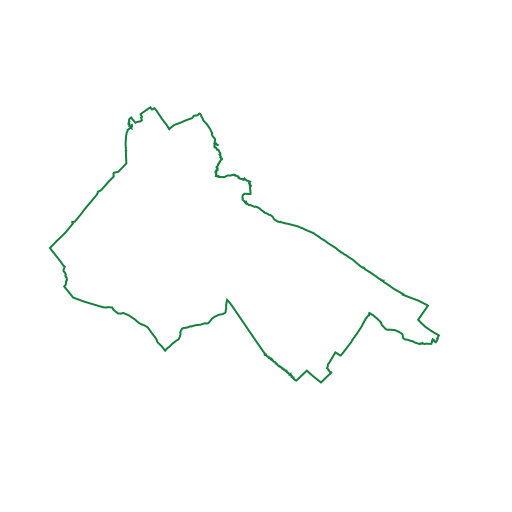 Carpen, Dolj, Romania (Mercator projection), rotated 18°
{"feature_id": "2599482B61425966956832", "entity_name": "Carpen", "entity_type": "district", "adm_level": 2, "iso_a3": "ROU", "parent_name": "Romania", "parent_adm1": "Dolj", "projection": "mercator", "projection_center": [23.264, 44.337], "detail": "fine", "context": "isolated", "style": "outline", "palette": "green", "viewbox_px": 512, "rotation_deg": 18, "n_neighbors": 0, "source": "geoboundaries", "source_scale": "gbopen_adm2", "svg_char_len": 6095}
<svg xmlns="http://www.w3.org/2000/svg" viewBox="0 0 512 512"><g transform="rotate(18 256 256)"><path d="M356.9,356.2L363.6,343.6L362.5,343.1L361.7,343.2L359.5,341.4L358.2,340.7L358.4,338.4L357.8,336.9L358.6,335.1L361.3,323.1L366.4,324.5L367.3,324.5L367.6,324.1L373.3,308.1L373.8,305.3L375.8,299.3L378.5,289.5L378.5,287.6L379.2,285.6L379.1,285.0L379.4,283.6L379.7,283.0L379.5,281.8L380.0,281.3L381.2,277.8L381.9,277.5L381.4,275.3L382.7,275.3L383.5,275.7L385.2,276.0L390.8,278.2L395.2,280.5L397.1,282.8L402.2,285.5L404.0,285.5L405.8,284.8L410.6,283.6L413.8,283.8L417.7,284.5L419.0,285.0L420.0,285.9L421.1,288.4L423.2,289.3L426.1,288.8L429.7,288.9L431.7,288.6L433.6,289.2L439.1,289.2L439.3,288.3L440.9,288.2L441.1,287.3L443.4,287.7L443.6,287.4L444.7,286.9L449.9,285.4L450.0,283.9L449.6,282.9L449.8,280.6L451.6,281.2L451.5,281.8L453.6,282.5L454.2,280.4L454.4,278.8L453.8,278.5L454.5,275.0L446.2,273.2L438.6,270.9L429.9,266.6L434.9,250.1L433.9,249.8L424.6,248.3L407.7,247.5L407.9,246.8L397.5,244.7L389.9,242.3L385.9,241.4L384.2,240.7L384.5,240.1L383.1,240.4L382.2,240.2L381.9,239.7L380.9,239.8L371.3,236.7L363.6,234.9L363.3,234.7L363.1,234.3L362.0,233.9L361.8,234.2L361.3,234.2L358.0,233.3L349.2,229.6L344.3,228.4L341.8,227.5L339.2,227.1L337.0,226.2L335.5,226.3L333.7,225.3L333.0,225.3L329.5,223.8L320.4,221.5L316.5,220.1L311.9,219.1L310.0,218.3L309.5,218.3L308.4,217.8L307.2,217.7L303.8,216.5L295.1,215.8L291.4,215.2L290.5,215.3L286.6,214.9L276.7,215.5L272.8,216.0L272.5,215.8L269.0,216.2L268.7,215.9L267.9,216.4L266.0,216.5L262.3,215.7L259.9,213.7L258.4,213.0L256.7,212.5L255.8,212.8L252.5,212.1L251.0,212.2L249.5,211.7L249.5,211.4L246.8,210.6L244.5,209.5L244.0,209.6L242.8,209.2L240.6,209.1L239.5,209.7L234.6,209.3L233.2,209.7L231.8,209.1L231.5,209.3L230.5,209.3L229.2,208.5L229.3,208.2L230.1,208.0L229.6,207.5L229.4,207.9L229.0,208.1L225.9,206.6L225.6,206.1L225.7,205.4L224.9,204.3L224.7,203.2L224.7,202.1L225.7,200.4L231.5,198.8L231.2,197.3L229.0,192.7L229.4,191.1L228.5,191.1L228.3,190.9L228.5,190.2L228.0,190.1L228.0,189.1L227.8,188.9L227.2,189.2L226.7,188.8L227.3,187.1L223.8,187.1L222.3,186.3L221.4,186.8L221.1,186.3L220.7,187.4L219.9,187.3L219.5,186.9L218.8,187.0L218.5,187.3L216.1,187.4L215.7,187.3L215.7,186.9L215.0,186.8L214.9,186.0L214.6,185.8L212.5,185.8L211.4,186.1L211.1,185.9L211.2,185.5L211.0,185.4L209.9,185.8L209.6,185.5L206.6,187.5L204.1,188.2L201.9,190.4L201.0,191.0L199.3,191.3L198.3,191.9L197.5,191.8L196.0,192.4L195.6,192.1L195.8,191.8L195.7,191.6L195.1,191.6L194.4,192.4L193.1,192.4L193.0,190.4L192.2,189.7L192.6,189.0L192.3,188.6L191.8,189.0L191.6,188.9L191.4,188.1L191.5,187.8L192.0,187.5L191.8,186.9L192.7,186.4L192.4,186.0L192.8,185.6L192.2,184.4L192.0,184.6L191.1,184.0L191.0,183.6L191.8,181.9L191.9,181.4L191.5,181.0L191.7,180.1L192.2,179.6L191.9,179.3L192.3,178.5L192.2,177.6L192.7,177.3L192.5,177.0L193.0,175.4L193.6,174.8L193.7,174.2L193.2,173.7L192.6,174.0L191.5,173.2L191.3,172.4L191.6,172.0L190.0,170.7L190.6,170.1L190.4,169.4L189.0,168.3L187.8,166.9L187.0,166.6L186.2,167.0L184.6,165.3L183.5,165.1L183.6,165.4L183.2,165.6L182.5,164.8L182.1,162.3L182.8,161.9L185.0,162.4L185.2,162.2L183.4,161.7L183.2,161.3L181.6,161.6L181.3,158.5L180.8,157.3L177.8,155.5L176.3,153.7L176.5,152.9L174.3,150.8L173.5,149.7L168.8,146.0L164.3,143.5L162.5,141.5L160.6,139.8L160.3,139.0L158.5,137.9L157.8,138.4L157.4,139.4L156.3,140.7L153.7,141.6L152.7,144.3L152.0,145.1L146.9,149.0L143.0,152.6L137.7,156.7L135.5,159.9L134.3,162.2L130.8,159.2L124.3,154.7L116.3,148.4L113.8,146.8L113.5,146.9L112.2,148.6L111.7,148.8L109.6,147.2L102.3,156.8L102.4,157.1L104.6,158.9L104.0,160.0L105.5,162.0L105.3,162.6L104.2,163.8L101.5,165.2L100.1,166.5L94.4,162.9L93.2,165.1L93.3,166.2L93.9,167.0L93.6,168.0L93.7,168.3L94.3,168.9L93.8,169.4L93.8,169.8L94.2,170.2L95.2,170.5L95.3,171.3L96.8,170.6L97.5,169.8L98.0,170.5L98.1,171.3L97.0,172.2L97.9,173.1L96.8,173.1L96.3,173.6L95.0,175.9L95.2,177.2L94.9,178.9L95.5,182.3L97.1,189.0L98.0,191.6L98.7,193.0L99.6,196.0L100.0,196.0L100.4,198.1L104.1,208.0L99.1,218.3L97.9,219.2L95.1,220.6L94.9,221.3L96.1,224.5L92.7,231.2L88.7,240.6L87.3,242.5L85.7,243.7L86.0,245.2L85.4,247.7L80.2,260.4L78.2,265.5L76.6,270.3L73.0,279.5L70.7,280.4L70.8,280.8L71.8,281.8L67.8,292.1L62.5,302.2L61.8,303.0L61.6,303.9L57.5,312.1L71.7,321.6L75.6,324.6L77.4,325.3L77.2,327.7L77.5,329.7L79.7,331.2L80.8,332.3L80.8,333.8L81.8,334.3L82.0,335.0L82.8,335.4L83.2,336.2L83.6,338.0L83.1,338.8L83.8,340.9L83.9,342.1L83.0,344.2L83.1,344.3L94.9,352.0L106.0,352.5L126.4,352.0L128.9,351.5L131.1,350.4L135.2,349.4L137.0,351.2L142.5,353.3L145.4,352.5L147.4,351.2L153.5,351.8L160.3,353.7L163.6,355.2L165.6,355.9L167.0,356.2L171.4,356.5L175.1,357.3L180.3,361.2L185.4,364.7L187.7,366.7L189.1,368.5L194.2,371.0L198.8,374.1L200.1,371.2L201.5,369.3L203.5,365.4L206.2,361.4L207.8,359.6L208.1,359.0L208.4,358.1L208.5,354.7L208.1,352.8L207.6,352.0L207.6,350.7L207.8,349.3L208.2,347.9L208.7,347.3L213.1,345.1L215.1,343.2L216.0,343.2L219.9,340.5L224.5,338.5L228.4,335.6L229.8,335.5L231.0,334.9L231.6,334.2L232.4,332.3L233.5,329.1L235.2,326.8L238.8,323.4L242.0,321.7L244.0,319.8L244.4,318.7L244.0,317.0L244.0,315.6L242.7,311.9L242.1,306.7L245.8,308.8L249.0,311.1L281.4,336.2L293.4,345.3L293.9,345.4L294.2,346.2L294.7,346.6L294.9,347.4L295.4,347.3L295.9,346.7L296.3,347.4L297.4,347.9L298.9,348.2L299.1,348.0L299.7,348.7L300.3,348.6L300.3,349.1L301.4,349.1L301.7,349.5L302.1,349.0L302.6,349.6L303.0,349.7L303.3,349.5L303.5,350.0L303.9,349.8L304.4,350.1L305.0,350.9L306.9,351.0L307.7,351.4L308.0,352.2L308.9,352.1L310.8,353.4L311.5,353.3L311.9,353.7L312.3,353.5L312.9,353.9L313.4,353.7L313.7,354.1L314.5,354.0L314.9,354.4L315.7,354.5L315.7,355.0L316.4,355.2L317.8,355.1L317.9,355.7L318.2,355.8L319.4,355.6L319.4,355.9L319.9,356.3L320.7,356.1L320.8,356.6L321.5,357.1L322.0,356.9L322.6,357.4L323.7,357.5L324.2,358.1L324.6,357.8L324.5,358.4L325.6,358.1L325.7,358.8L326.8,358.7L327.3,359.1L327.2,359.7L327.8,359.6L328.1,360.2L328.5,360.1L328.9,360.7L329.2,360.6L329.2,360.2L329.4,360.1L329.9,361.3L330.4,361.6L332.9,362.0L339.8,349.3L346.5,352.3L356.9,356.2Z" fill="none" stroke="#15803d" stroke-width="2"/></g></svg>